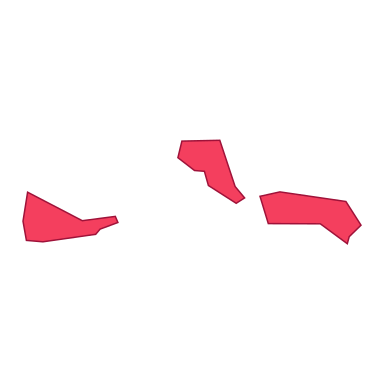 outline of Turks and Caicos Islands
{"feature_id": "TCA", "entity_name": "Turks and Caicos Islands", "entity_type": "country or territory", "adm_level": 0, "iso_a3": "TCA", "parent_name": "North America", "parent_adm1": "", "projection": "mercator", "projection_center": [-71.981, 21.852], "detail": "fine", "context": "isolated", "style": "filled", "palette": "rose", "viewbox_px": 384, "rotation_deg": 0, "n_neighbors": 0, "source": "natural_earth", "source_scale": "50m", "svg_char_len": 475}
<svg xmlns="http://www.w3.org/2000/svg" viewBox="0 0 384 384"><path d="M349.2,236.7L347.3,243.7L320.3,223.8L268.3,223.6L260.0,196.3L279.9,191.9L345.9,201.5L361.0,225.2L349.2,236.7ZM27.6,192.2L82.3,220.7L115.3,216.4L117.9,222.5L100.1,229.1L95.7,234.3L42.9,241.8L26.4,240.4L23.0,221.2L27.6,192.2ZM244.6,197.9L236.2,203.3L208.4,185.5L204.4,171.3L194.5,170.5L177.9,157.7L181.9,141.1L219.8,140.3L235.1,186.5L244.6,197.9Z" fill="#f43f5e" stroke="#9f1239" stroke-width="1.5"/></svg>